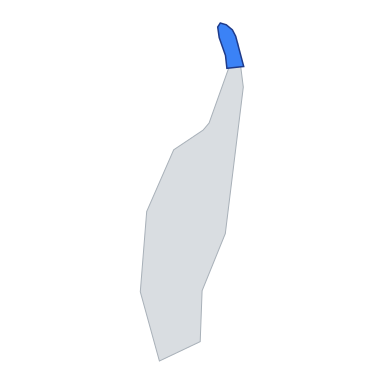 Ngarchelong highlighted on a map of Palau
{"feature_id": "PLW-5252", "entity_name": "Ngarchelong", "entity_type": "state/province", "adm_level": 1, "iso_a3": "PLW", "parent_name": "Palau", "parent_adm1": "", "projection": "equal_earth", "projection_center": [134.636, 7.709], "detail": "fine", "context": "in_parent", "style": "filled", "palette": "blue", "viewbox_px": 384, "rotation_deg": 0, "n_neighbors": 0, "source": "natural_earth", "source_scale": "10m", "svg_char_len": 446}
<svg xmlns="http://www.w3.org/2000/svg" viewBox="0 0 384 384"><path d="M200.2,341.6L159.4,361.0L140.3,291.8L146.7,211.5L173.7,149.8L203.1,130.1L209.1,123.0L237.7,42.9L243.3,87.1L225.3,233.6L202.1,290.7L200.2,341.6Z" fill="#d9dde1" stroke="#a8b0b8" stroke-width="1"/><path d="M226.9,68.3L225.5,55.5L219.2,37.6L217.7,27.0L220.3,23.0L226.3,24.8L232.4,29.9L235.7,36.3L243.7,66.5L226.9,68.3Z" fill="#3b82f6" stroke="#1e3a8a" stroke-width="1.5"/></svg>